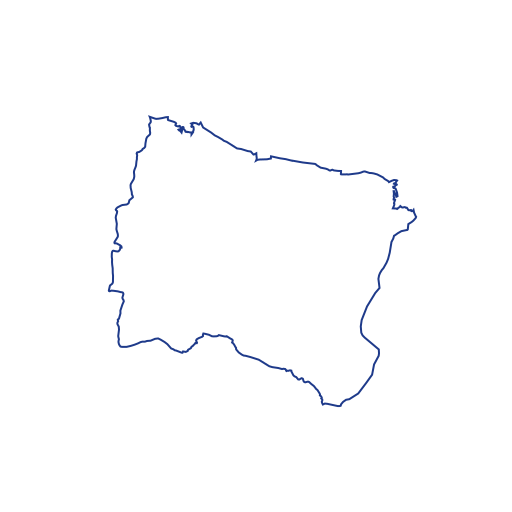 outline of Chibed, Mures, Romania, rotated 154°
{"feature_id": "2599482B68671964620043", "entity_name": "Chibed", "entity_type": "district", "adm_level": 2, "iso_a3": "ROU", "parent_name": "Romania", "parent_adm1": "Mures", "projection": "equal_earth", "projection_center": [24.976, 46.536], "detail": "fine", "context": "isolated", "style": "outline", "palette": "blue", "viewbox_px": 512, "rotation_deg": 154, "n_neighbors": 0, "source": "geoboundaries", "source_scale": "gbopen_adm2", "svg_char_len": 6075}
<svg xmlns="http://www.w3.org/2000/svg" viewBox="0 0 512 512"><g transform="rotate(154 256 256)"><path d="M295.2,418.8L295.1,418.4L295.1,417.9L296.5,415.1L297.1,413.1L297.8,412.0L298.2,411.7L301.6,410.7L303.1,409.6L305.9,405.8L307.7,402.8L309.1,402.1L311.0,401.9L311.7,401.3L312.7,401.0L315.3,400.7L317.3,401.2L317.7,401.1L318.0,400.5L318.4,400.3L318.6,398.7L319.8,396.9L320.5,395.4L322.0,393.4L324.3,389.7L325.5,388.5L327.5,386.7L328.5,385.6L329.2,384.3L329.6,383.0L330.5,380.9L331.2,379.9L332.3,378.6L336.8,375.7L337.7,374.7L338.8,372.1L339.7,367.9L340.6,365.6L340.5,364.5L340.8,363.0L341.0,362.7L345.4,361.6L347.1,359.5L348.6,359.0L349.7,359.0L353.8,360.4L355.1,360.5L359.2,360.4L360.7,359.9L361.7,359.2L361.7,358.4L361.2,357.3L361.3,356.8L362.3,355.4L364.3,353.4L365.3,351.9L367.0,345.9L369.7,341.4L370.1,339.7L370.6,336.4L371.0,335.2L371.7,334.0L372.4,333.5L376.8,330.8L377.4,330.1L377.5,329.6L377.4,329.3L376.3,328.8L375.3,327.9L374.6,326.8L373.4,325.2L372.8,323.7L373.0,322.7L373.2,322.4L373.7,322.6L373.9,323.5L374.1,323.5L375.0,321.9L375.8,321.2L377.5,320.5L378.3,320.7L379.8,321.6L381.9,323.3L382.5,323.4L383.4,322.9L384.4,321.6L386.0,318.5L386.8,316.1L388.1,313.6L389.1,311.1L390.2,307.8L392.2,303.5L393.2,300.8L396.0,295.3L397.0,294.3L397.4,294.1L400.1,293.5L400.6,293.0L403.4,289.5L403.5,289.1L403.2,288.6L402.6,288.4L401.2,288.3L399.3,287.2L395.7,284.8L393.4,282.8L392.4,282.2L391.7,281.4L391.7,280.4L392.0,279.7L394.3,277.2L394.5,276.7L394.6,275.6L394.4,274.5L394.7,273.2L397.4,270.9L401.8,266.4L403.0,263.8L406.5,259.9L407.0,259.6L407.6,259.6L408.2,259.3L408.5,257.8L409.7,256.9L410.1,256.3L410.4,255.3L410.3,252.7L411.4,249.9L414.9,244.5L415.2,243.6L415.7,241.3L417.0,239.6L417.4,238.7L417.8,237.0L417.8,235.4L417.5,234.0L416.2,233.0L412.3,231.1L408.0,230.1L404.0,229.5L400.4,229.2L397.5,229.2L395.6,228.8L393.4,227.7L391.2,227.4L387.9,226.1L383.0,225.8L380.1,224.8L378.3,222.5L375.9,218.8L374.3,215.6L372.8,210.1L371.1,208.3L370.4,206.9L369.3,206.1L365.2,201.7L364.5,201.3L363.4,202.2L361.2,200.6L359.0,200.6L358.1,201.5L355.0,201.7L353.7,202.7L352.1,202.9L351.0,203.4L349.6,203.8L348.7,204.4L348.3,204.4L348.1,203.9L347.4,203.6L347.0,204.0L347.0,205.4L346.8,206.4L345.8,207.1L343.6,207.3L339.8,207.0L338.7,207.3L338.3,208.4L337.3,209.4L335.9,208.4L332.8,205.8L330.8,203.2L329.3,202.3L326.5,201.1L325.3,200.9L324.1,201.2L319.8,197.7L318.0,196.6L317.7,196.8L317.4,196.6L315.2,193.0L314.3,191.9L313.9,190.8L313.9,190.4L314.3,189.8L315.4,188.7L315.0,188.2L314.5,186.0L314.4,183.2L314.2,182.5L314.2,182.1L314.7,181.2L314.7,180.4L313.8,176.9L312.0,173.6L310.8,172.0L309.0,170.8L305.4,167.7L299.0,161.6L292.4,151.1L290.1,149.0L285.0,145.5L282.2,143.0L280.7,142.6L279.3,141.6L279.0,140.6L279.2,139.8L279.0,139.2L278.1,139.2L277.2,138.6L276.1,138.5L275.0,138.0L274.5,137.5L274.8,136.8L274.7,132.3L274.1,130.9L272.9,129.5L272.2,126.6L271.4,126.0L268.7,126.2L268.0,125.6L267.7,125.1L268.1,122.6L267.9,121.7L267.2,120.9L264.3,120.3L263.4,119.3L262.5,116.9L261.0,113.8L260.4,111.2L260.4,110.6L259.5,108.5L259.1,104.7L259.1,103.6L259.7,102.7L259.0,101.3L259.0,99.9L259.8,99.3L259.3,98.1L259.8,97.0L260.6,96.4L261.0,95.3L261.0,93.2L258.8,93.2L256.6,91.8L248.2,85.2L246.4,84.4L245.5,84.3L244.6,85.4L241.7,86.7L238.1,87.3L234.9,86.4L224.4,87.6L212.6,93.6L203.7,98.4L197.4,106.8L189.5,112.5L188.1,114.6L186.6,118.2L194.1,135.1L195.0,137.9L195.0,140.9L192.7,146.8L189.1,152.1L178.3,162.0L165.0,170.5L159.0,173.1L156.0,181.8L153.9,184.6L151.9,186.4L149.1,188.2L146.8,189.2L141.7,192.7L138.6,195.4L134.4,200.3L128.1,209.2L125.0,211.5L123.0,213.7L122.0,213.7L118.6,214.3L114.4,214.6L108.5,213.1L107.9,213.4L105.1,217.9L101.3,218.3L99.1,218.8L95.9,220.1L94.9,221.0L95.0,222.0L94.9,225.7L94.2,228.4L95.6,227.7L96.6,228.2L96.8,228.6L96.6,229.4L98.4,230.0L98.9,230.5L99.2,233.2L99.5,233.5L100.1,233.6L100.7,234.6L101.2,234.9L102.8,235.2L103.5,235.7L104.4,237.6L105.3,237.0L107.0,236.9L108.2,236.4L108.6,236.4L109.0,237.1L112.1,238.8L109.7,240.9L108.8,242.1L108.9,242.8L108.5,243.4L106.3,245.5L106.4,245.8L106.5,245.8L106.8,245.6L107.6,246.4L107.5,246.7L106.2,248.2L106.2,249.1L104.7,251.6L103.9,253.9L103.5,253.7L103.9,252.3L104.0,251.6L103.3,251.2L103.9,247.7L102.6,247.7L102.4,248.2L101.4,251.3L101.0,255.2L101.1,255.7L102.4,256.7L102.6,257.2L102.5,257.8L102.3,258.1L101.5,257.9L100.4,257.9L99.4,258.3L98.2,258.4L98.2,258.6L98.3,259.0L99.0,259.6L100.2,260.2L100.4,260.5L100.1,260.7L98.9,260.5L98.4,260.7L96.1,262.0L96.5,262.5L98.6,263.8L101.1,264.1L104.1,264.1L104.2,264.9L104.5,265.6L106.6,268.8L107.4,271.0L111.3,276.2L114.0,278.6L115.8,279.9L117.5,280.8L121.1,284.3L122.5,284.8L125.3,285.0L127.7,285.5L134.4,287.8L137.6,288.9L138.4,289.6L139.4,289.9L143.1,291.7L143.8,292.2L143.8,292.5L143.1,293.6L142.3,295.1L145.3,296.7L148.5,298.8L149.0,299.4L149.6,300.1L152.0,300.3L152.6,300.9L153.6,302.5L155.0,303.9L159.2,307.1L161.7,311.1L162.1,312.3L162.6,312.9L172.9,319.5L181.7,325.9L181.8,325.8L186.8,330.0L191.6,333.3L198.8,339.0L199.9,337.1L203.7,338.1L210.6,341.2L212.6,341.8L214.1,341.7L212.9,342.8L212.3,344.0L211.7,345.8L210.7,348.2L213.2,348.1L213.8,348.3L214.9,352.2L217.4,353.9L222.5,358.7L225.9,361.0L232.3,371.4L234.4,373.7L235.2,375.4L237.9,379.5L240.2,382.5L242.2,386.6L247.2,394.7L247.2,400.2L249.7,399.1L250.8,400.4L251.1,401.2L254.0,403.2L256.2,403.5L256.1,403.2L255.3,402.5L255.4,402.2L256.2,401.9L257.4,400.7L257.3,400.3L256.0,400.1L255.7,399.7L255.7,399.3L255.9,398.5L256.7,396.7L257.8,395.7L258.1,395.0L258.4,394.8L260.7,393.5L259.8,395.4L261.3,396.1L262.4,397.1L263.1,397.3L263.4,397.8L264.0,397.9L264.7,398.4L264.5,398.8L264.9,399.5L264.9,400.7L265.5,402.2L264.9,402.8L264.8,403.3L264.8,403.7L265.2,404.0L265.8,404.2L266.3,403.7L266.8,402.0L268.8,399.6L269.2,401.5L270.1,402.7L270.3,403.5L269.9,403.5L267.8,402.6L267.5,406.3L267.9,406.6L269.1,406.5L270.8,408.0L271.1,409.0L269.7,410.1L269.8,411.0L271.0,412.6L275.4,416.7L275.4,417.2L274.3,419.5L276.4,420.3L279.9,421.1L283.3,422.1L285.6,423.0L286.7,423.9L290.5,427.7L290.6,426.6L291.4,423.3L292.1,422.3L294.4,421.1L294.7,420.5L294.8,419.7L295.2,418.8Z" fill="none" stroke="#1e3a8a" stroke-width="2"/></g></svg>